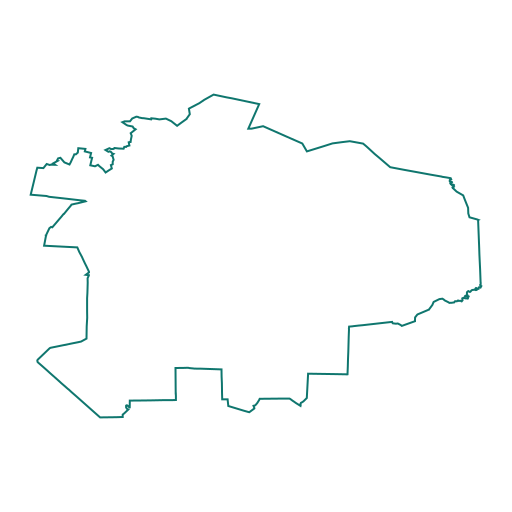 Liepnas pag., Aluksne, Latvia
{"feature_id": "27541924B54101653992285", "entity_name": "Liepnas pag.", "entity_type": "district", "adm_level": 2, "iso_a3": "LVA", "parent_name": "Latvia", "parent_adm1": "Aluksne", "projection": "natural_earth1", "projection_center": [27.546, 57.349], "detail": "fine", "context": "isolated", "style": "outline", "palette": "teal", "viewbox_px": 512, "rotation_deg": 0, "n_neighbors": 0, "source": "geoboundaries", "source_scale": "gbopen_adm2", "svg_char_len": 5621}
<svg xmlns="http://www.w3.org/2000/svg" viewBox="0 0 512 512"><path d="M259.2,104.1L231.8,98.3L226.8,97.4L213.6,94.6L204.3,99.8L199.3,103.2L188.9,108.6L189.8,114.2L186.6,118.7L186.6,118.9L181.3,122.7L177.1,125.8L171.3,121.2L165.9,118.6L159.4,119.4L155.4,118.7L151.4,118.3L151.4,119.1L151.2,119.4L150.8,119.3L143.7,118.2L143.1,118.2L141.9,118.1L140.6,117.8L139.0,117.5L137.9,116.9L136.3,116.7L132.2,118.5L130.0,121.3L124.7,121.3L122.4,122.2L126.7,125.1L127.9,125.6L132.6,126.5L133.7,128.2L135.6,129.3L130.7,133.2L131.7,135.8L130.9,139.6L130.6,142.0L129.3,142.1L128.7,142.3L129.4,145.5L126.5,146.3L126.2,146.9L124.3,146.9L123.6,148.7L118.8,148.5L114.4,148.0L113.7,148.9L111.2,149.1L109.4,148.2L105.5,150.0L108.4,151.8L108.5,151.8L109.8,151.3L111.3,152.2L112.2,153.5L113.5,153.9L111.5,155.6L112.6,156.3L113.6,159.8L112.7,161.7L112.7,164.3L110.9,165.1L111.8,168.5L108.9,170.3L105.6,172.5L103.1,169.2L99.3,166.1L98.0,164.8L95.0,166.3L90.3,165.3L91.3,161.0L92.1,157.8L90.0,157.4L91.1,153.0L84.8,151.4L85.4,148.9L78.3,148.2L77.8,152.6L75.9,154.3L74.3,154.3L73.2,157.0L72.2,159.0L70.7,162.3L69.5,164.5L64.4,162.4L63.6,161.5L60.4,157.8L58.1,158.4L56.9,160.7L57.6,160.9L53.1,163.4L55.1,164.8L50.8,164.7L49.7,165.0L46.7,164.0L43.4,168.1L37.3,167.7L36.5,170.6L33.6,182.7L32.9,185.6L30.7,194.7L46.5,196.0L49.1,196.8L62.8,198.3L80.2,200.3L85.0,200.8L85.6,201.3L82.8,202.0L81.6,202.3L79.6,202.8L78.0,203.2L75.4,203.7L71.5,204.6L70.6,205.9L68.4,208.5L64.8,212.9L63.9,214.0L63.6,214.0L63.0,214.7L61.4,216.7L60.0,218.3L55.4,223.7L52.3,227.3L51.1,226.9L49.4,228.2L46.3,234.7L46.2,235.4L45.9,235.5L46.0,235.7L44.1,245.7L47.9,245.9L77.3,247.4L79.3,252.0L82.1,257.2L82.6,258.4L84.7,262.9L86.5,266.5L89.0,271.8L89.0,272.1L89.0,272.4L85.8,274.8L88.9,275.2L88.9,275.3L87.6,278.2L87.7,282.8L87.5,289.7L87.4,293.1L87.1,298.2L87.1,311.3L87.2,317.8L86.7,326.3L86.5,338.6L81.0,341.6L50.5,347.8L49.7,348.2L37.9,359.5L37.5,360.0L37.3,360.6L37.6,362.0L38.4,362.8L39.7,363.9L42.9,366.7L47.3,370.6L49.7,372.8L56.6,378.9L60.4,382.3L60.9,382.8L68.0,389.0L68.6,389.4L71.5,392.1L76.2,396.2L94.0,412.0L100.1,417.4L116.2,417.2L122.7,417.0L122.7,414.6L124.3,413.3L128.2,409.6L127.5,409.3L126.7,408.4L126.1,407.4L126.1,405.7L126.5,405.3L127.0,405.3L127.7,405.7L128.7,406.7L129.3,407.4L129.7,408.2L129.8,400.6L140.0,400.5L141.1,400.5L150.0,400.4L165.4,400.1L173.0,400.1L175.9,400.0L175.9,396.2L175.8,393.4L175.7,393.4L175.5,368.0L176.0,368.0L184.0,367.9L186.9,367.8L188.2,367.8L189.6,368.1L193.7,368.5L194.2,368.6L200.5,368.7L201.4,368.7L221.5,369.4L221.6,376.5L221.9,383.3L222.0,390.1L222.0,391.8L222.1,395.6L222.2,399.3L227.6,399.3L228.3,406.0L243.8,410.7L248.4,412.0L249.3,412.2L254.3,408.5L254.4,408.2L253.5,405.8L255.1,405.4L255.3,405.3L255.4,405.2L255.8,404.7L256.7,403.7L257.3,403.0L257.4,402.7L257.9,402.0L258.7,400.7L259.1,400.1L259.7,398.8L281.2,398.6L287.7,398.6L289.5,398.6L290.1,398.9L290.5,399.2L290.7,399.3L292.7,400.8L293.8,401.5L295.9,403.0L300.5,405.9L300.7,405.0L300.5,404.3L300.5,403.7L300.9,402.9L302.7,401.9L303.7,401.1L306.8,398.0L307.6,383.1L308.1,373.7L334.7,374.1L345.6,374.3L347.0,374.4L347.5,374.3L347.5,374.2L347.8,366.8L348.0,359.2L348.3,351.8L348.5,344.6L348.7,337.1L349.0,329.2L348.9,328.8L349.1,326.6L352.7,326.3L353.1,326.2L358.3,325.6L362.6,325.2L389.3,322.2L392.1,321.9L392.4,322.8L392.8,323.3L395.9,323.7L397.8,323.5L398.0,323.6L400.7,325.0L401.8,325.9L415.0,321.2L415.0,319.4L415.1,317.7L415.1,317.4L417.3,314.6L417.6,314.4L423.5,311.9L426.8,310.5L428.2,309.9L428.5,309.7L429.0,309.6L429.2,309.2L432.4,304.9L432.8,303.9L433.5,302.2L433.7,301.9L439.4,299.1L442.4,298.7L443.7,299.5L444.7,300.4L448.3,302.2L449.4,302.9L450.1,302.8L451.4,302.8L454.2,302.4L454.7,301.6L455.1,301.2L456.5,301.3L456.9,301.3L457.9,300.5L458.2,300.5L458.5,300.9L460.6,300.8L461.5,301.4L461.8,301.3L462.0,300.7L462.5,300.4L462.6,300.2L462.2,298.7L462.3,298.3L463.3,297.9L464.9,298.2L465.6,298.4L466.8,298.4L467.7,298.6L467.9,298.5L467.8,297.6L468.4,296.9L468.7,296.5L468.7,296.4L468.4,296.2L466.9,296.2L465.9,296.2L465.2,296.3L465.0,296.2L465.2,295.9L465.8,295.6L466.5,295.6L466.9,295.4L467.3,294.8L467.0,294.2L466.9,292.8L467.0,292.2L468.1,291.2L468.5,291.1L469.4,291.8L469.8,291.9L470.3,291.8L471.5,290.4L472.2,290.0L474.4,289.7L475.8,290.1L476.4,290.0L476.9,289.7L476.9,289.1L475.9,288.5L475.7,288.3L476.0,288.0L476.4,288.1L477.5,288.8L478.1,288.9L478.5,288.9L478.8,287.4L479.2,287.3L480.5,287.6L481.3,286.1L480.3,285.5L480.2,285.1L480.6,285.0L480.7,282.8L480.6,282.6L480.1,269.1L479.7,260.8L479.4,254.4L479.2,248.2L478.1,220.0L478.3,219.9L477.0,219.4L469.5,217.3L468.3,213.5L468.1,207.8L466.8,204.6L464.6,199.1L463.2,195.4L456.6,191.6L453.2,188.4L453.4,188.0L453.3,187.8L453.2,187.8L452.7,187.9L452.6,187.7L452.8,187.6L453.3,187.5L453.3,187.4L453.2,187.2L452.9,186.9L453.0,186.8L453.4,186.9L453.5,186.9L453.8,186.7L453.7,186.6L453.4,186.4L453.3,185.7L453.6,185.5L453.9,185.4L454.0,185.1L453.9,185.0L453.7,185.0L453.3,185.0L453.1,185.0L453.0,184.8L453.1,184.7L452.9,184.6L452.7,184.7L452.6,184.8L452.2,184.9L451.8,185.0L451.7,184.9L451.6,184.7L451.7,184.4L450.8,184.2L450.6,183.7L450.5,183.4L450.3,183.2L450.5,182.9L451.0,182.5L451.3,182.4L451.9,182.3L452.0,182.2L451.9,182.0L451.7,181.9L451.2,182.0L450.6,181.8L450.0,181.6L449.8,181.4L449.7,181.1L449.8,180.0L450.0,179.7L450.3,179.6L451.0,179.5L451.2,179.4L450.7,178.2L446.2,177.4L442.1,176.8L441.8,176.6L430.3,174.6L416.1,172.0L404.5,169.9L390.2,167.2L379.6,158.1L374.7,154.0L368.2,148.0L366.2,146.2L363.1,143.6L349.8,141.2L342.3,142.1L332.5,143.4L323.7,146.2L306.9,151.4L302.3,143.5L285.9,136.3L263.1,126.2L251.4,128.7L248.3,128.7L259.2,104.1Z" fill="none" stroke="#0f766e" stroke-width="2"/></svg>